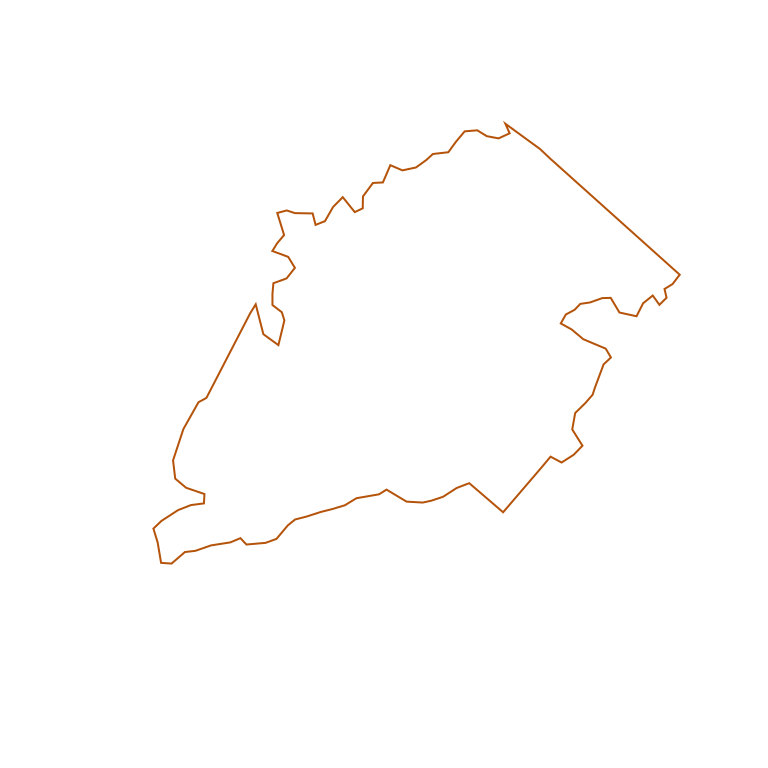 outline of Cruzaltense, Rio Grande do Sul, Brazil, rotated 310°
{"feature_id": "56859067B1237322992297", "entity_name": "Cruzaltense", "entity_type": "district", "adm_level": 2, "iso_a3": "BRA", "parent_name": "Brazil", "parent_adm1": "Rio Grande do Sul", "projection": "albers", "projection_center": [-52.651, -27.628], "detail": "fine", "context": "isolated", "style": "outline", "palette": "amber", "viewbox_px": 768, "rotation_deg": 310, "n_neighbors": 0, "source": "geoboundaries", "source_scale": "gbopen_adm2", "svg_char_len": 1582}
<svg xmlns="http://www.w3.org/2000/svg" viewBox="0 0 768 768"><g transform="rotate(310 384 384)"><path d="M621.7,544.1L631.7,545.0L637.1,537.8L646.0,540.8L657.8,540.3L663.5,366.1L664.3,352.7L661.4,309.7L656.8,319.1L645.8,313.9L639.9,303.4L638.3,292.4L629.4,283.4L615.8,283.4L602.9,284.3L591.6,273.6L582.7,272.4L570.4,269.3L559.5,260.8L555.7,248.2L537.7,253.6L530.9,246.3L514.2,247.3L504.9,254.8L496.9,251.1L500.6,232.3L486.9,231.2L470.8,234.1L461.9,229.3L468.8,219.7L457.7,206.0L454.4,197.9L446.4,192.3L433.9,211.7L422.9,211.7L414.1,213.0L419.8,228.9L415.7,241.1L402.3,241.5L390.1,234.5L381.1,240.8L372.8,247.8L373.3,259.6L368.7,266.8L345.9,278.1L344.6,259.6L362.6,234.5L352.3,236.0L259.2,256.9L250.8,253.6L220.5,259.3L189.9,271.5L177.3,284.9L177.3,299.1L184.3,317.2L176.8,322.8L167.1,313.9L155.0,307.3L136.0,301.5L125.0,300.3L117.1,312.5L103.7,328.2L109.9,336.7L119.3,338.2L127.3,339.5L134.9,346.7L149.1,355.2L156.7,361.8L163.9,368.1L173.6,373.1L172.6,381.8L186.2,395.4L196.3,401.2L213.9,401.2L223.1,403.0L232.4,409.7L245.3,417.8L255.0,424.8L266.0,432.0L278.8,436.3L296.3,451.1L304.7,453.8L308.4,476.9L318.1,489.9L324.8,495.1L335.5,501.7L351.0,506.5L362.8,513.0L362.7,523.5L362.3,557.7L421.1,558.3L435.4,558.3L438.0,570.5L451.7,574.8L464.3,575.7L470.2,557.4L484.7,549.1L498.9,550.5L509.9,550.7L517.1,547.8L540.2,539.6L550.2,540.8L553.6,531.1L549.8,518.9L546.4,507.8L546.4,492.7L544.0,480.5L554.1,478.6L563.3,482.3L571.6,482.9L578.9,489.4L590.1,496.0L595.7,502.3L590.1,518.4L598.2,533.9L612.4,530.6L624.5,533.0L621.7,544.1Z" fill="none" stroke="#b45309" stroke-width="2"/></g></svg>